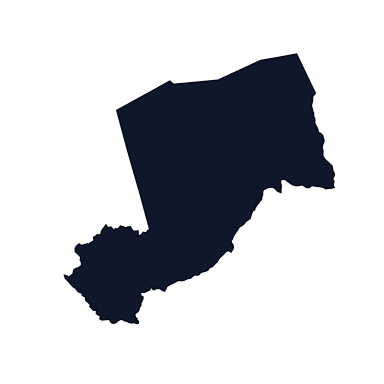 the district of Lagoa do Mato, Maranhão, Brazil, rotated 255°
{"feature_id": "56859067B38222691073156", "entity_name": "Lagoa do Mato", "entity_type": "district", "adm_level": 2, "iso_a3": "BRA", "parent_name": "Brazil", "parent_adm1": "Maranhão", "projection": "albers", "projection_center": [-43.587, -6.007], "detail": "fine", "context": "isolated", "style": "filled", "palette": "ink", "viewbox_px": 384, "rotation_deg": 255, "n_neighbors": 0, "source": "geoboundaries", "source_scale": "gbopen_adm2", "svg_char_len": 3692}
<svg xmlns="http://www.w3.org/2000/svg" viewBox="0 0 384 384"><g transform="rotate(255 192 192)"><path d="M103.4,140.0L105.2,141.6L107.2,143.0L107.9,144.9L108.7,148.3L109.2,151.7L109.9,153.9L110.1,156.4L109.2,158.8L108.8,161.2L109.1,162.7L109.5,164.7L109.4,168.6L110.6,171.1L111.4,172.5L111.1,174.1L110.3,175.6L110.6,177.7L112.0,179.4L112.2,181.8L112.1,184.5L112.4,186.5L113.3,188.1L114.6,189.5L114.6,191.8L115.8,194.1L117.1,196.1L117.9,198.0L119.1,199.1L120.3,200.2L121.6,202.0L122.8,204.5L123.9,206.4L125.7,209.3L126.3,212.0L124.0,214.1L126.1,216.4L127.7,217.5L130.0,217.8L132.6,216.9L134.9,216.8L135.9,218.5L138.2,220.0L140.3,222.2L142.9,225.3L144.4,227.0L146.0,228.5L146.8,231.7L147.7,233.7L149.5,236.0L150.2,237.5L150.9,239.9L151.6,241.4L153.8,242.6L156.6,244.5L158.3,246.0L158.6,247.8L160.4,248.8L161.7,250.3L163.3,252.1L164.4,253.5L165.7,255.3L166.9,257.2L168.9,257.9L171.5,259.6L174.1,260.1L175.7,261.6L176.7,266.3L176.4,268.6L176.2,270.2L175.4,272.0L173.5,273.5L170.8,274.8L168.6,277.7L171.3,278.5L173.5,279.3L175.7,279.9L177.5,279.8L179.8,280.1L181.1,281.8L180.8,283.6L179.4,286.0L178.0,286.8L173.4,290.7L172.3,292.2L171.4,293.8L170.9,295.5L170.4,300.6L169.2,301.6L166.9,303.8L166.0,305.9L167.1,309.0L166.8,310.9L165.0,314.5L164.5,316.3L163.2,319.0L162.1,320.7L160.6,321.8L160.4,323.6L160.2,325.2L159.7,327.9L159.7,330.4L161.6,330.0L163.7,330.8L165.6,331.8L167.4,331.2L169.0,331.5L169.9,332.7L171.7,333.9L173.3,334.1L175.4,333.5L177.6,333.6L179.1,333.8L180.8,333.9L184.4,331.8L186.2,330.6L189.2,328.8L190.9,328.1L193.7,327.7L195.8,328.4L197.6,329.0L199.6,329.0L202.2,329.4L204.8,331.0L207.1,332.7L210.0,332.8L212.2,332.8L213.9,332.2L215.4,331.1L216.4,329.8L218.0,329.4L219.6,329.6L222.0,329.4L225.1,328.5L227.5,328.4L229.4,329.2L231.3,329.4L234.1,329.0L236.5,329.8L238.9,329.4L241.0,329.7L243.3,329.4L245.9,330.2L248.0,331.6L250.0,332.2L251.9,332.8L253.9,333.8L254.5,335.5L255.7,336.7L260.1,335.8L298.1,328.7L300.0,305.7L300.3,303.0L301.2,292.2L294.4,252.7L293.2,246.2L299.1,211.5L300.1,205.9L300.7,201.9L304.8,199.3L292.2,148.4L290.3,140.5L249.2,140.6L242.3,140.7L203.8,141.4L173.5,141.5L166.5,141.5L166.2,139.3L164.2,137.2L165.6,134.5L164.1,132.3L163.3,130.8L163.6,128.6L168.3,129.8L168.7,126.6L169.7,124.9L172.3,123.8L174.5,123.3L174.7,120.2L174.3,118.1L176.1,116.7L177.6,114.2L176.4,112.6L175.3,110.3L176.3,108.5L174.9,106.1L177.3,105.5L179.1,104.5L179.2,101.4L182.4,100.3L180.5,98.2L179.0,96.1L177.0,94.1L175.1,93.6L174.2,91.6L175.2,89.7L174.3,87.6L173.5,85.1L171.3,85.1L169.7,83.8L169.3,80.7L168.0,79.4L169.0,77.5L168.8,71.3L171.0,69.6L170.3,68.1L169.4,66.2L167.4,64.5L164.5,64.0L161.5,65.9L158.1,67.8L155.1,66.5L152.7,67.2L151.2,66.7L149.5,66.4L148.1,62.2L148.1,59.8L147.5,58.1L145.6,56.9L143.5,55.9L142.5,53.1L141.4,51.4L143.5,49.1L144.5,47.3L141.3,47.4L139.6,48.4L138.0,49.3L136.6,50.1L135.2,50.7L133.8,51.4L131.2,52.8L129.0,54.8L127.1,55.5L125.2,56.3L123.8,58.0L122.8,59.8L120.7,59.4L119.2,60.6L118.1,62.1L116.6,61.7L114.6,61.5L113.0,62.7L111.5,63.6L109.4,64.8L107.8,63.7L105.7,65.1L103.4,66.1L102.9,68.2L101.3,69.3L99.6,68.2L97.9,69.2L96.7,71.1L94.7,71.2L93.4,70.2L91.8,71.9L91.4,74.2L91.0,76.4L90.5,79.3L88.0,79.8L86.4,80.8L85.5,82.3L85.8,85.0L87.0,87.6L87.6,90.3L86.8,91.9L85.3,93.4L83.5,96.4L82.3,97.6L81.2,99.9L80.9,102.6L79.4,104.3L79.2,106.1L80.9,106.7L82.3,105.4L83.9,106.0L85.6,104.9L87.2,104.8L89.5,105.2L89.8,107.3L91.2,109.6L92.8,110.5L94.5,111.7L95.7,113.2L97.8,113.6L99.7,115.5L102.0,117.2L103.7,117.3L105.1,115.4L106.9,115.9L108.4,116.5L107.9,118.5L107.4,120.7L107.9,122.8L108.4,125.5L109.9,127.0L110.4,128.8L108.1,129.1L107.4,130.5L108.1,132.0L107.6,135.1L106.1,137.0L104.3,138.4L103.4,140.0Z" fill="#0f172a" stroke="#020617" stroke-width="1.5"/></g></svg>